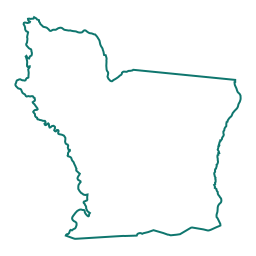 Paranaíta, Mato Grosso, Brazil (Robinson projection)
{"feature_id": "56859067B42865578670852", "entity_name": "Paranaíta", "entity_type": "district", "adm_level": 2, "iso_a3": "BRA", "parent_name": "Brazil", "parent_adm1": "Mato Grosso", "projection": "robinson", "projection_center": [-56.79, -9.567], "detail": "fine", "context": "isolated", "style": "outline", "palette": "teal", "viewbox_px": 256, "rotation_deg": 0, "n_neighbors": 0, "source": "geoboundaries", "source_scale": "gbopen_adm2", "svg_char_len": 5608}
<svg xmlns="http://www.w3.org/2000/svg" viewBox="0 0 256 256"><path d="M34.1,17.2L33.5,18.6L30.3,18.9L29.2,18.6L28.0,18.8L28.2,20.2L29.0,21.2L30.0,21.7L29.7,22.4L28.0,22.9L27.2,23.0L26.2,22.7L24.8,22.5L23.9,22.9L23.6,24.2L24.6,26.0L25.1,27.5L25.1,28.4L25.2,29.5L25.7,30.5L26.4,31.4L27.5,31.7L28.1,32.3L27.2,36.3L27.1,37.4L27.4,38.2L27.4,39.3L27.0,42.6L26.3,43.8L26.2,44.8L26.6,45.6L28.9,48.2L29.7,48.7L30.9,49.2L31.4,50.2L31.4,51.3L31.8,52.3L31.9,53.4L31.8,54.5L31.5,55.5L29.9,56.4L29.5,57.6L29.1,58.5L28.2,58.3L27.6,57.8L27.1,57.2L26.4,55.9L25.7,56.5L26.2,57.7L26.8,59.7L27.1,61.0L27.2,62.3L27.0,64.6L27.1,66.2L27.7,66.9L28.6,66.5L29.7,66.3L29.7,67.1L28.6,68.7L28.2,69.5L28.6,71.9L28.7,73.0L28.5,75.4L28.4,77.5L27.8,77.9L26.8,78.1L26.0,79.1L25.5,80.3L24.6,80.6L23.4,80.3L22.5,80.3L21.6,80.0L20.3,79.3L19.2,79.4L18.2,79.9L17.1,80.3L16.5,81.1L16.0,83.0L15.5,83.9L15.4,85.0L16.0,86.2L18.2,88.4L20.5,89.0L21.1,89.6L22.0,91.8L22.5,92.8L23.3,93.5L24.9,94.4L25.4,95.2L25.8,96.0L26.6,96.5L28.5,96.1L30.1,96.5L31.1,96.2L31.9,96.2L32.7,96.2L33.3,96.7L33.6,97.6L34.6,98.0L35.0,100.0L34.6,100.9L33.7,101.4L32.7,102.2L33.2,103.2L34.4,104.2L36.0,106.5L37.4,108.3L37.6,109.3L36.8,109.9L35.9,109.8L34.8,110.1L33.9,110.8L33.2,111.9L34.0,113.0L34.8,113.8L35.0,114.8L35.1,116.0L35.9,117.1L37.1,117.7L37.2,118.7L37.6,119.3L38.6,119.4L39.5,119.9L41.6,120.3L42.8,120.8L44.9,120.9L45.5,121.9L45.5,122.8L44.5,123.6L44.8,124.7L45.5,125.1L46.5,124.8L47.3,124.0L48.2,123.4L48.8,124.0L49.0,125.0L49.1,126.3L49.6,127.5L50.4,127.4L51.3,126.6L52.1,126.0L53.6,125.8L54.9,126.8L55.0,128.1L54.2,130.3L54.9,131.1L55.7,131.4L56.4,130.9L57.0,130.0L58.2,130.2L58.6,131.0L58.1,133.0L58.5,133.9L59.2,134.2L61.8,134.7L63.9,135.6L65.3,137.7L65.4,138.9L65.1,141.6L65.3,142.5L65.7,143.5L66.5,144.2L67.7,144.6L68.2,145.7L68.0,146.8L67.8,147.6L68.6,149.9L69.8,149.9L69.9,150.8L68.7,151.9L68.2,152.6L68.0,153.4L68.0,154.6L67.6,155.7L68.1,156.3L69.0,156.5L70.0,156.9L70.8,157.4L71.3,158.1L71.8,159.7L72.2,160.5L73.7,162.3L74.0,163.3L74.5,164.4L75.4,166.2L75.9,167.7L76.5,168.8L76.2,169.6L76.3,170.6L78.9,173.0L79.8,173.7L79.3,174.9L78.7,175.6L77.7,177.4L77.5,178.5L78.0,179.7L80.5,181.3L80.6,182.1L79.7,183.2L78.7,184.7L78.4,185.7L78.3,186.6L78.3,188.9L79.6,191.1L80.5,192.2L81.3,193.1L82.2,193.5L83.5,194.6L85.3,195.0L87.5,194.5L87.4,195.7L87.2,196.7L87.2,198.1L87.3,199.8L86.7,200.6L85.7,200.8L85.0,201.3L84.1,201.5L83.6,202.2L83.8,203.1L84.6,203.8L85.1,205.0L85.8,206.0L86.2,207.1L86.1,208.3L87.3,210.9L87.8,211.5L89.9,213.0L89.2,214.0L88.9,215.9L88.2,216.3L87.3,215.7L86.1,214.4L85.5,213.6L84.8,212.3L84.7,210.9L83.9,210.0L82.7,210.0L81.0,209.5L79.5,209.7L77.3,210.9L75.5,212.8L73.0,216.1L72.3,217.3L72.1,218.4L72.4,219.5L72.9,220.2L73.9,221.1L75.3,221.8L75.9,222.3L76.4,222.9L76.6,224.0L76.5,225.4L76.1,226.4L75.8,227.3L75.2,228.3L73.1,229.4L71.9,230.4L70.8,229.9L70.0,230.5L69.5,232.0L69.0,233.2L68.1,234.0L67.0,234.2L66.2,234.7L65.8,235.6L73.5,238.4L74.9,238.8L75.8,238.8L116.5,236.3L123.6,235.9L124.7,236.0L136.7,235.6L137.5,234.0L138.3,233.5L139.6,233.1L140.6,233.1L141.5,233.4L142.2,233.8L143.5,233.2L148.1,232.1L153.5,230.2L163.2,233.0L167.9,234.7L168.7,234.7L170.7,235.3L176.6,234.7L180.0,234.2L191.0,227.7L192.1,227.5L203.4,229.4L207.4,230.4L208.2,230.5L209.3,230.3L211.0,229.7L216.9,227.0L218.7,226.3L220.4,225.5L220.3,223.9L217.6,218.3L216.6,217.1L216.5,215.8L216.6,214.5L217.4,211.9L217.6,209.8L217.7,207.5L218.0,206.1L218.5,205.1L219.2,204.1L220.5,202.9L221.1,202.1L221.4,200.8L221.2,198.9L220.7,198.0L219.9,197.1L219.5,196.3L218.3,194.8L217.8,193.7L217.7,191.9L217.1,191.3L216.7,190.5L216.4,189.0L214.8,187.9L215.0,186.9L214.6,185.8L214.1,184.9L215.2,184.1L215.0,182.7L215.6,181.9L215.6,179.6L215.2,178.9L215.6,177.9L214.8,176.5L214.5,174.8L214.2,173.9L214.4,172.7L215.1,171.8L215.0,170.4L215.2,169.2L216.0,168.6L216.2,167.7L216.8,165.8L216.5,164.9L217.3,164.1L217.9,162.6L218.0,161.3L217.7,160.0L217.8,158.9L217.5,157.8L217.4,156.7L217.5,155.3L218.4,154.8L218.2,153.8L218.3,153.0L219.2,153.0L218.8,151.5L217.7,149.7L218.1,148.6L218.4,147.2L218.3,146.3L219.0,146.1L219.4,145.2L218.9,144.5L219.3,143.5L219.5,142.2L220.4,141.4L220.2,140.4L221.1,140.2L221.9,139.2L222.2,137.6L223.4,135.9L223.8,134.8L223.4,133.2L223.4,131.4L224.2,130.5L224.5,128.6L225.3,127.2L226.2,126.3L226.3,125.4L226.3,123.9L226.6,122.1L227.5,121.7L227.7,120.5L229.0,118.5L229.9,117.5L231.3,116.3L231.8,115.4L232.7,113.1L234.7,110.7L236.7,108.7L237.5,107.6L238.1,106.0L238.4,104.4L239.1,103.0L239.7,102.0L240.2,100.6L240.6,99.0L240.6,97.8L240.5,95.6L240.0,94.6L239.6,93.9L237.8,92.2L237.0,90.4L236.5,88.6L235.0,85.4L234.7,84.3L234.5,82.2L235.2,82.0L235.2,79.9L133.2,69.8L132.5,70.4L129.9,70.9L129.1,70.8L128.2,71.0L127.4,71.5L126.5,71.8L123.9,71.6L123.1,71.8L122.0,72.7L121.8,73.8L121.3,74.7L120.4,75.3L119.7,75.7L118.5,76.9L116.5,78.3L114.2,79.7L113.4,80.0L112.8,80.7L112.1,81.2L111.3,81.2L110.3,80.8L108.4,78.7L107.5,76.7L107.8,75.5L108.2,73.2L108.0,72.2L106.9,70.6L106.6,69.5L106.3,65.8L106.5,61.7L106.4,60.7L106.6,58.8L106.5,58.0L105.7,55.2L104.1,55.0L103.9,54.2L103.6,52.2L103.3,51.1L102.9,50.2L102.7,49.2L102.4,48.3L101.0,46.1L100.3,44.5L99.5,40.7L99.1,39.9L97.1,36.7L95.2,34.5L94.2,34.4L91.7,33.4L89.8,33.2L89.0,32.9L87.4,31.9L85.8,30.6L84.9,30.3L84.0,30.5L83.3,31.0L82.7,31.8L81.8,32.4L80.0,32.6L78.1,32.3L75.9,31.4L73.1,31.1L71.1,30.7L70.2,30.4L69.4,30.5L68.4,30.5L64.9,29.9L64.0,29.6L62.1,28.1L61.3,27.8L60.2,27.7L58.3,28.2L56.1,29.6L55.2,29.8L53.6,29.7L52.7,29.9L51.1,30.8L50.2,30.9L49.4,30.4L49.0,29.7L47.0,27.9L45.9,27.4L43.3,26.8L40.3,23.9L39.8,22.5L39.0,21.6L39.0,20.2L36.9,19.4L36.4,18.5L34.1,17.2Z" fill="none" stroke="#0f766e" stroke-width="2"/></svg>